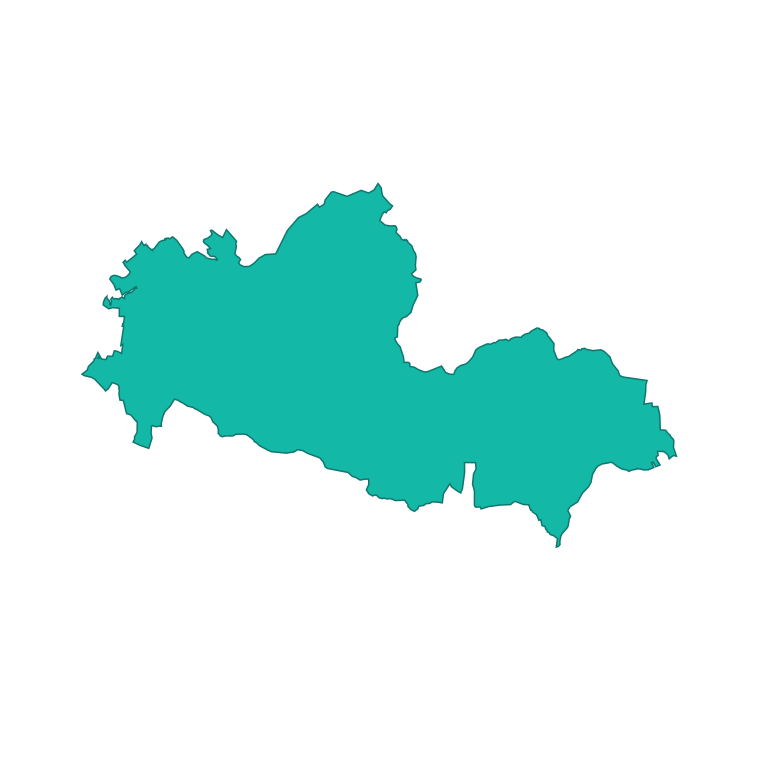 Lechinta, Bistrita-Nasaud, Romania (Mercator projection), rotated 299°
{"feature_id": "2599482B84958268498590", "entity_name": "Lechinta", "entity_type": "district", "adm_level": 2, "iso_a3": "ROU", "parent_name": "Romania", "parent_adm1": "Bistrita-Nasaud", "projection": "mercator", "projection_center": [24.317, 47.004], "detail": "fine", "context": "isolated", "style": "filled", "palette": "teal", "viewbox_px": 768, "rotation_deg": 299, "n_neighbors": 0, "source": "geoboundaries", "source_scale": "gbopen_adm2", "svg_char_len": 6157}
<svg xmlns="http://www.w3.org/2000/svg" viewBox="0 0 768 768"><g transform="rotate(299 384 384)"><path d="M514.6,612.4L506.2,590.2L505.6,586.1L509.0,582.4L512.3,574.3L517.3,568.3L519.2,560.8L519.1,557.2L514.5,550.6L512.4,544.2L512.5,542.2L510.5,539.8L508.9,539.7L508.2,536.9L506.4,536.7L497.5,532.1L495.9,530.2L491.3,526.6L489.6,524.4L490.8,522.0L496.0,516.0L501.7,513.1L505.0,505.7L505.1,504.5L507.6,501.5L508.2,496.7L507.4,493.6L507.9,493.1L507.5,491.5L507.0,490.5L501.4,487.0L499.1,486.5L495.8,483.1L493.2,481.7L491.5,481.6L488.8,476.3L485.0,473.0L482.3,472.4L482.2,468.9L480.3,466.9L478.1,463.3L474.3,461.6L473.3,459.9L470.4,457.9L469.5,455.4L468.5,454.3L461.8,449.3L458.4,447.8L450.5,448.5L443.8,447.1L441.1,445.8L437.5,442.2L433.5,440.1L429.8,439.7L426.6,440.4L425.8,439.6L424.4,436.5L424.0,432.2L427.6,425.7L416.2,416.4L414.7,414.5L414.0,412.9L413.2,406.6L413.4,402.5L411.9,398.1L414.5,396.6L414.7,394.6L412.6,391.1L417.1,387.9L424.3,380.1L425.8,376.1L428.5,371.5L430.0,371.5L431.6,372.9L441.6,367.8L443.0,368.3L446.6,367.6L450.7,368.2L453.7,370.8L459.7,372.9L467.1,371.2L477.8,370.6L487.9,362.8L490.6,365.9L493.1,366.1L493.7,365.3L492.6,361.3L492.5,357.2L493.6,354.7L499.3,356.6L502.9,354.0L511.0,350.3L513.4,348.1L515.0,345.2L518.4,341.2L519.4,336.4L520.6,335.2L521.1,333.3L519.8,333.0L520.2,331.9L519.3,331.6L519.0,329.3L520.8,326.7L522.4,320.9L525.6,320.4L527.3,318.5L527.8,317.0L525.2,312.6L523.5,307.9L524.9,301.1L531.5,300.2L534.9,300.8L534.7,302.8L537.3,303.0L539.8,304.7L543.9,305.1L544.5,301.3L547.8,291.9L549.8,289.7L554.1,286.6L556.4,281.6L548.8,281.2L543.6,278.0L542.3,270.2L530.2,260.7L527.8,246.8L526.3,244.9L516.5,243.3L512.1,244.5L507.3,241.7L509.0,238.7L495.5,233.5L488.0,228.5L471.4,225.1L445.3,226.2L439.7,217.5L433.5,213.7L426.8,211.9L421.7,209.3L418.8,204.7L418.4,200.7L419.4,198.1L423.3,198.2L424.4,195.7L424.2,193.7L425.7,190.4L432.8,188.2L434.9,186.3L437.3,185.9L442.6,171.4L433.9,171.9L433.9,166.2L435.1,158.8L434.0,157.9L432.0,160.8L429.6,160.7L425.9,159.0L423.2,156.5L421.3,156.8L420.2,158.5L419.7,162.6L418.3,166.6L416.0,164.1L413.5,166.5L413.1,166.2L411.8,169.9L411.9,171.0L413.3,173.6L413.3,175.0L412.0,178.1L411.2,177.8L411.0,175.2L409.6,173.0L408.1,167.6L409.0,165.1L409.2,156.5L404.3,153.1L399.9,152.4L399.2,149.9L401.9,145.0L403.0,144.9L404.8,142.3L409.2,132.9L410.2,127.6L407.1,126.3L407.1,124.8L405.2,122.1L404.7,122.0L404.7,123.0L403.4,122.5L402.0,120.4L399.2,118.6L391.0,117.4L389.2,116.1L388.5,116.6L389.6,110.9L390.5,109.9L389.7,108.3L390.6,107.9L388.7,106.8L391.0,103.0L387.3,103.0L379.5,100.9L377.6,104.7L365.7,99.9L366.8,97.6L363.9,96.8L362.7,99.4L362.3,99.3L359.1,107.6L357.0,107.8L352.9,106.7L350.2,104.5L349.4,102.5L349.7,101.3L348.9,97.0L347.9,94.9L345.7,93.2L343.0,93.2L339.9,99.7L336.2,104.1L339.3,106.5L334.8,112.0L338.7,113.6L341.5,116.3L348.0,119.2L348.9,120.1L348.0,121.3L347.5,120.3L341.4,118.7L341.0,117.7L337.5,114.9L335.3,114.4L332.9,115.6L333.1,112.6L331.4,112.0L330.3,110.8L329.6,111.1L329.0,110.6L329.2,109.7L328.7,107.8L327.4,106.5L328.2,104.3L325.4,104.1L324.2,105.6L320.5,106.8L320.4,105.7L321.8,105.2L323.7,103.2L324.7,99.9L326.3,99.2L323.9,98.5L319.8,98.9L317.0,100.1L316.4,106.9L319.3,109.8L321.9,115.8L314.8,119.7L317.2,124.3L310.5,126.9L310.2,126.3L307.6,127.0L308.3,128.4L290.0,135.2L292.0,136.3L283.5,139.7L283.3,134.9L282.3,132.0L276.6,133.2L274.4,128.7L270.9,129.0L270.1,128.1L268.9,124.7L270.0,123.2L267.6,121.6L267.7,121.1L270.8,121.9L272.8,118.5L266.4,119.1L265.2,118.4L263.6,119.1L256.2,117.0L252.2,117.7L246.2,115.1L246.0,117.8L248.1,125.4L247.9,128.8L244.0,141.4L242.9,143.8L246.1,145.1L253.5,145.6L254.4,151.5L252.6,154.3L251.5,154.1L250.3,155.5L246.6,157.1L241.9,160.9L243.3,163.9L233.3,173.2L234.2,177.6L231.2,185.4L231.7,185.7L230.5,187.0L221.9,191.5L216.8,191.4L214.8,192.6L211.6,192.7L212.1,200.4L213.7,209.5L224.3,207.3L228.4,203.9L234.3,201.2L235.6,201.7L235.4,202.5L236.2,205.6L238.3,207.8L239.1,209.8L240.7,208.6L247.4,206.5L253.6,205.7L260.9,207.7L269.1,208.1L270.0,212.1L269.6,214.0L269.9,216.7L269.4,222.9L271.1,228.8L270.6,229.9L271.0,232.6L270.6,242.0L271.3,246.4L270.7,249.1L267.9,252.8L266.5,258.5L263.5,261.5L260.2,263.1L260.4,264.0L259.2,266.1L259.6,268.3L261.7,270.5L264.9,276.3L266.3,277.9L267.9,278.2L272.2,285.6L273.1,288.2L272.3,295.2L271.6,297.6L270.8,298.3L270.8,300.9L269.7,305.2L269.8,313.9L270.2,318.4L276.1,331.9L280.9,338.2L284.6,340.3L286.4,345.5L286.3,350.9L288.3,363.6L286.3,368.9L283.1,372.6L282.7,375.4L289.2,395.4L287.8,401.2L288.6,404.2L288.4,409.7L291.7,413.6L293.3,416.7L288.8,419.4L282.9,419.9L280.7,423.8L280.5,428.2L282.7,430.0L283.0,431.9L282.1,434.8L282.7,437.6L284.2,439.6L285.1,442.8L286.9,445.1L287.6,450.5L292.3,458.2L290.3,463.3L288.5,464.3L287.2,468.6L287.4,472.4L291.2,474.1L294.0,473.6L297.0,477.6L299.7,478.8L301.7,481.8L304.3,483.4L306.5,487.7L308.3,492.6L316.9,489.2L328.7,490.0L326.8,492.9L325.9,500.6L325.9,503.9L330.3,503.4L339.3,499.9L346.1,497.2L354.3,492.5L359.6,502.2L354.3,505.7L348.6,506.0L339.3,510.0L334.4,514.9L321.9,521.8L320.9,523.0L320.8,524.0L323.1,527.6L321.8,529.5L327.5,534.9L334.3,544.1L339.9,553.2L343.7,554.6L345.0,555.8L346.2,564.4L348.5,569.1L344.8,573.4L345.4,573.8L344.1,576.1L343.6,580.9L339.9,585.5L341.3,587.0L336.8,590.8L337.4,593.8L335.3,596.0L335.4,597.0L333.8,598.5L334.0,600.7L332.9,602.2L333.6,605.8L332.9,610.7L324.9,613.7L326.4,615.2L328.9,615.8L331.3,614.2L336.6,612.4L339.2,612.3L347.2,614.0L349.5,613.8L355.8,611.4L358.8,611.3L362.1,606.6L363.3,606.0L367.2,606.4L374.6,610.5L384.9,610.5L393.3,612.7L398.4,612.7L405.9,610.2L412.6,610.2L415.8,610.9L419.6,613.3L425.6,620.6L425.9,622.3L425.0,627.7L425.0,633.4L426.6,638.6L426.2,640.5L428.7,642.2L431.7,645.9L432.9,646.3L432.8,647.2L434.0,649.5L434.6,652.5L437.0,656.7L441.8,660.5L444.8,656.1L446.1,657.1L443.4,661.8L447.0,664.7L450.7,658.1L452.4,657.5L454.5,658.4L457.6,655.9L460.3,660.7L460.4,664.0L459.3,667.1L456.8,669.7L461.3,671.5L462.2,672.8L462.6,674.8L468.9,667.9L474.4,665.3L475.9,663.9L476.9,660.5L477.9,659.1L478.5,656.3L479.9,653.4L480.0,652.3L477.8,647.9L490.8,640.1L497.1,634.4L494.3,629.7L497.3,627.5L492.4,621.1L504.4,616.5L510.2,613.4L514.6,612.4Z" fill="#14b8a6" stroke="#0f766e" stroke-width="1.5"/></g></svg>